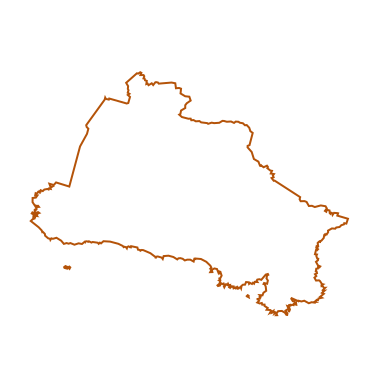 Eurobodalla, New South Wales, Australia, rotated 96°
{"feature_id": "25037944B87455208948659", "entity_name": "Eurobodalla", "entity_type": "district", "adm_level": 2, "iso_a3": "AUS", "parent_name": "Australia", "parent_adm1": "New South Wales", "projection": "albers", "projection_center": [150.084, -35.933], "detail": "fine", "context": "isolated", "style": "outline", "palette": "amber", "viewbox_px": 384, "rotation_deg": 96, "n_neighbors": 0, "source": "geoboundaries", "source_scale": "gbopen_adm2", "svg_char_len": 5997}
<svg xmlns="http://www.w3.org/2000/svg" viewBox="0 0 384 384"><g transform="rotate(96 192 192)"><path d="M237.7,349.3L243.1,340.8L246.0,337.4L247.6,336.7L247.3,336.1L249.0,334.0L250.8,333.5L253.1,330.2L253.4,328.2L254.4,327.8L252.8,327.0L253.1,325.5L251.7,322.0L254.1,317.0L257.0,314.0L255.9,311.4L256.3,309.3L255.5,307.6L256.7,303.4L254.9,299.4L255.2,296.0L252.7,293.5L253.0,293.1L252.4,293.0L252.0,291.4L252.4,290.0L251.8,289.4L252.8,286.7L252.1,285.6L252.3,280.4L253.3,279.4L252.0,278.3L252.6,277.1L250.2,274.9L249.9,268.3L251.2,259.9L252.9,255.2L254.0,254.2L253.5,253.4L253.8,251.9L254.9,250.9L253.4,250.6L252.7,249.4L253.3,248.1L252.6,247.4L253.2,246.9L252.3,246.5L252.9,240.5L255.0,239.7L255.1,237.7L255.8,237.2L254.9,236.0L254.9,234.4L257.2,227.0L260.5,221.5L261.8,221.2L260.1,220.8L259.7,219.3L260.4,215.3L261.7,214.1L258.7,213.5L257.8,208.7L258.6,203.7L260.6,199.6L259.4,198.6L259.0,196.7L259.4,194.3L260.8,192.0L259.8,189.7L259.5,186.6L261.0,183.1L258.1,182.7L258.0,181.7L259.4,181.7L257.8,181.7L257.7,176.1L259.9,170.5L263.4,166.0L265.1,164.9L266.4,165.8L267.0,164.4L269.8,165.5L269.5,163.4L267.2,164.2L265.7,161.7L266.0,159.1L269.3,157.4L268.0,157.1L268.4,155.5L270.0,155.6L269.8,154.8L272.1,153.8L274.8,154.9L275.3,156.5L275.6,155.0L276.7,154.7L277.2,155.5L277.5,154.6L280.3,155.1L282.2,156.9L282.8,156.3L282.1,154.4L279.7,153.5L280.4,152.2L279.7,151.0L281.5,150.1L280.1,148.5L280.8,147.2L279.5,146.6L280.8,145.8L280.5,144.6L282.8,145.2L283.3,144.2L281.3,143.8L282.3,142.4L281.6,142.1L281.6,140.6L283.4,140.4L282.7,139.0L283.2,138.4L282.1,138.0L283.0,136.8L282.0,136.6L283.0,135.5L281.4,133.9L282.7,133.1L280.1,132.9L278.8,131.5L278.6,129.6L275.9,128.8L275.9,126.0L277.4,125.6L276.4,124.6L277.2,122.7L275.9,121.9L276.7,120.7L274.8,120.2L274.7,117.6L273.7,118.5L272.3,117.9L271.7,115.9L272.1,113.9L266.4,110.0L265.6,108.0L266.4,107.5L267.1,108.6L270.1,108.9L272.1,107.3L275.4,107.7L275.0,110.8L276.0,111.2L276.2,110.1L278.3,108.8L282.5,107.9L284.7,110.4L287.4,111.1L287.5,113.9L288.6,112.7L289.6,112.9L289.5,113.7L290.9,113.4L291.8,116.5L291.8,115.2L293.2,113.9L295.1,115.5L295.8,113.0L295.1,111.0L296.7,110.4L296.4,108.1L297.8,107.9L299.4,104.6L301.3,105.5L301.2,101.8L301.8,100.9L304.0,101.8L302.0,99.1L303.6,99.6L302.5,97.5L302.9,96.7L304.2,97.1L303.4,96.1L304.3,95.4L301.5,93.9L300.9,90.2L302.3,87.0L304.3,85.3L304.3,84.5L302.8,84.4L300.2,86.6L297.9,83.6L301.3,83.1L298.7,82.3L296.8,83.2L297.5,84.1L295.5,85.2L295.8,84.0L294.4,83.8L293.9,82.5L294.6,82.0L293.7,80.7L293.9,79.2L292.8,79.1L293.2,76.5L291.2,77.0L292.1,78.0L290.2,78.6L290.0,80.4L287.8,82.1L287.2,81.8L289.5,74.8L289.0,74.7L289.4,71.7L288.4,69.0L290.4,64.2L289.1,61.5L289.2,58.6L288.7,58.8L288.4,57.3L288.0,58.2L286.2,56.6L286.4,55.4L284.7,55.1L283.6,51.8L282.8,53.6L279.5,50.3L278.8,52.2L276.4,50.0L276.7,51.3L276.1,51.8L273.4,49.6L273.6,50.8L271.7,52.3L272.1,53.3L271.2,53.5L270.1,52.0L269.9,53.2L267.1,55.5L266.6,56.5L267.1,59.4L264.4,61.3L262.6,59.6L260.9,61.1L259.7,59.2L258.0,59.8L257.9,60.6L255.3,60.4L254.9,58.8L253.3,58.8L253.7,57.4L252.6,56.7L251.9,59.0L248.5,61.4L246.7,59.6L245.2,59.5L245.1,60.5L242.6,61.7L241.1,61.2L241.0,63.2L236.2,62.5L235.7,61.7L236.4,61.2L235.7,60.7L234.3,62.6L232.9,62.4L233.4,61.2L232.9,60.8L229.6,61.7L228.2,60.6L228.3,59.4L227.3,59.4L227.0,58.3L224.0,56.2L220.9,56.0L220.4,55.6L220.9,54.9L219.8,54.3L220.1,53.6L217.7,52.4L216.2,52.7L213.6,49.0L213.5,45.7L212.2,44.8L211.4,41.6L209.4,40.0L208.3,37.5L207.1,37.3L207.3,35.2L202.3,34.1L200.3,45.0L197.9,44.5L197.8,45.5L197.9,48.6L200.1,49.8L198.3,50.5L197.9,52.0L199.1,52.2L198.7,52.8L196.0,53.3L195.6,56.0L197.6,56.4L196.9,57.8L194.2,56.2L192.2,57.7L191.9,62.5L194.1,68.3L193.2,71.3L193.7,74.3L189.9,77.0L189.3,79.1L189.8,83.0L188.0,84.2L185.8,83.9L172.0,111.1L172.3,111.9L169.8,114.3L168.8,112.4L167.2,113.3L165.6,112.4L165.4,115.6L162.6,114.7L162.5,116.3L160.4,119.6L159.2,119.1L158.0,120.2L159.9,123.4L158.9,125.0L158.9,126.6L158.1,126.5L158.2,127.4L154.9,129.1L152.7,133.9L146.0,136.8L141.8,141.4L140.3,141.5L139.4,139.7L126.9,137.8L125.4,140.3L122.1,141.8L119.7,144.6L120.1,146.3L118.3,148.6L118.1,151.7L117.3,153.1L117.4,155.9L118.9,157.4L117.8,160.6L118.5,164.7L118.0,167.7L118.1,169.2L120.3,172.1L121.2,177.2L121.0,179.7L122.5,183.1L121.9,184.1L121.8,190.2L120.7,192.0L121.3,195.6L120.3,198.0L120.7,200.2L119.2,201.0L119.5,203.3L118.5,209.9L116.4,212.8L115.6,211.7L112.1,211.4L109.2,207.5L106.4,207.8L104.3,206.5L101.2,202.9L97.5,204.6L97.5,208.8L95.2,213.7L90.4,213.7L89.9,215.7L90.5,218.8L85.6,220.0L85.3,223.8L87.7,236.4L86.7,237.3L86.5,239.0L86.7,239.9L89.7,241.8L88.1,243.4L90.3,246.4L88.8,247.5L89.4,248.7L86.2,248.6L85.8,250.4L84.2,251.0L84.1,252.1L81.8,251.6L80.8,252.4L81.1,255.5L78.8,254.8L78.3,256.0L79.9,257.9L79.7,259.2L90.3,268.9L93.4,266.6L96.2,266.6L97.4,265.8L100.0,266.3L100.9,264.5L102.2,266.0L103.9,263.6L110.2,264.7L110.8,266.2L107.7,284.1L108.8,284.4L108.4,287.4L107.2,288.2L109.3,288.5L136.6,304.2L138.4,303.5L139.9,301.7L145.1,302.5L158.4,308.1L199.4,314.6L196.7,328.2L199.5,330.2L198.7,334.7L201.4,333.4L201.4,331.7L202.7,333.4L203.7,332.9L203.5,334.7L204.5,334.9L204.1,336.1L205.0,339.1L206.7,340.5L206.1,342.6L207.4,342.7L207.2,343.7L208.5,343.5L208.0,345.1L210.0,346.3L209.6,347.4L211.8,347.6L211.6,345.4L213.9,346.7L214.6,349.9L218.8,349.5L222.5,346.4L221.0,345.7L222.3,345.9L221.8,343.6L222.8,342.7L223.3,345.6L225.0,344.8L225.8,346.1L226.2,345.5L227.1,346.5L228.2,346.1L229.5,347.6L229.0,348.6L230.1,349.1L230.9,347.1L228.8,344.7L228.1,343.0L228.8,341.8L230.0,344.7L230.8,343.5L231.5,343.6L231.4,345.1L232.1,344.1L232.1,345.4L232.8,345.4L232.0,346.4L232.4,347.2L235.0,347.1L234.5,345.2L235.7,347.6L237.7,349.3ZM281.2,305.8L279.7,305.2L279.0,306.2L279.8,307.2L278.9,310.1L280.1,311.3L280.8,310.9L281.3,308.0L280.1,307.1L281.2,305.8ZM289.4,126.3L289.8,124.8L289.3,124.8L288.8,125.8L289.4,126.3ZM282.4,149.5L282.7,150.3L283.4,149.9L282.4,149.5ZM290.8,124.6L290.0,124.9L290.4,125.6L290.8,124.6ZM305.6,94.5L304.9,94.9L305.7,95.4L305.6,94.5Z" fill="none" stroke="#b45309" stroke-width="2"/></g></svg>